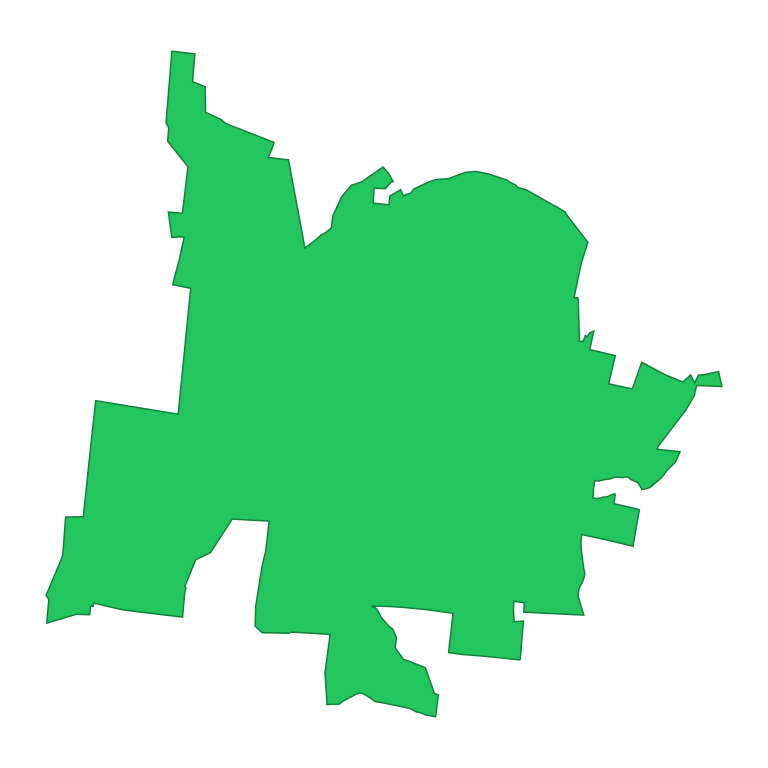 Tahmek, Yucatán, Mexico (Robinson projection)
{"feature_id": "50627088B83810267980946", "entity_name": "Tahmek", "entity_type": "district", "adm_level": 2, "iso_a3": "MEX", "parent_name": "Mexico", "parent_adm1": "Yucatán", "projection": "robinson", "projection_center": [-89.276, 20.901], "detail": "fine", "context": "isolated", "style": "filled", "palette": "green", "viewbox_px": 768, "rotation_deg": 0, "n_neighbors": 0, "source": "geoboundaries", "source_scale": "gbopen_adm2", "svg_char_len": 3464}
<svg xmlns="http://www.w3.org/2000/svg" viewBox="0 0 768 768"><path d="M383.7,703.0L409.9,708.4L416.2,711.9L421.5,713.0L425.2,714.9L435.6,716.8L438.4,694.7L434.4,693.6L425.5,667.8L403.0,659.0L400.8,655.6L396.6,649.9L395.1,647.5L396.0,642.5L395.9,641.9L396.3,637.1L392.9,629.3L388.5,625.8L381.6,617.8L377.7,610.5L374.7,607.0L372.3,606.9L372.2,606.5L372.3,606.0L389.9,606.5L402.6,607.3L427.8,609.8L453.0,613.3L448.6,652.6L460.9,654.3L480.2,655.9L493.9,657.2L500.7,657.9L507.2,658.6L517.3,659.7L517.7,659.7L517.8,659.8L518.0,659.8L520.2,659.6L521.4,645.4L521.8,640.5L523.5,621.0L514.2,621.8L513.5,611.3L513.7,601.4L524.2,602.7L523.9,610.5L523.8,612.2L583.8,615.1L577.9,595.3L579.2,588.2L583.1,580.5L584.9,574.1L583.6,567.5L583.6,567.1L582.0,555.3L581.3,549.8L581.1,545.0L580.9,543.2L581.1,539.5L581.8,534.6L607.3,540.1L632.0,546.0L632.9,546.3L633.3,544.5L634.9,535.1L639.4,509.7L638.6,509.4L613.9,503.6L615.3,494.3L613.6,493.8L613.3,494.1L608.1,496.4L605.8,497.0L603.3,497.1L597.4,498.6L592.8,497.7L593.4,495.2L593.4,489.7L594.9,480.4L598.3,481.2L603.5,479.8L609.9,479.0L615.2,477.0L616.7,477.3L623.1,477.5L624.4,477.0L628.3,477.1L630.3,479.2L637.6,482.5L638.3,483.2L639.6,485.4L641.8,489.2L641.7,489.6L649.8,487.7L661.2,478.0L664.3,474.3L666.2,471.2L675.4,462.1L680.0,451.7L657.2,449.3L658.2,446.3L685.8,410.1L693.5,397.0L694.7,394.7L694.9,391.9L696.9,385.5L721.9,386.5L718.6,371.6L710.8,373.2L704.8,374.5L698.5,375.1L694.6,383.0L690.7,374.9L682.8,382.0L665.3,374.8L641.7,362.3L632.4,388.9L608.6,383.8L609.2,381.6L615.3,355.7L589.9,349.6L590.5,346.4L593.8,331.1L589.5,333.0L587.2,336.9L585.3,335.5L582.9,341.7L579.5,341.3L578.1,297.9L574.3,297.5L574.3,296.6L581.1,263.8L587.9,242.3L565.4,213.1L565.5,212.1L561.2,209.7L555.4,206.0L554.4,205.8L547.2,201.7L525.9,189.6L523.5,189.0L518.0,187.6L515.2,184.7L512.6,183.5L510.0,182.3L507.7,180.4L501.6,178.3L488.8,174.0L481.5,172.5L476.1,171.4L465.8,172.2L452.5,177.1L448.2,178.6L444.4,179.0L438.9,179.2L433.3,180.3L427.8,182.4L422.1,185.1L413.7,189.0L410.5,193.3L406.2,194.5L403.5,196.2L400.6,189.7L389.8,196.1L389.0,204.8L373.2,203.1L374.1,188.1L385.3,188.7L391.1,182.3L393.2,181.6L388.6,173.3L383.0,167.0L362.0,181.6L361.8,181.7L351.4,185.3L341.8,196.5L332.8,215.9L331.4,226.9L330.9,228.5L326.3,231.9L324.2,233.5L321.4,234.7L315.5,240.0L313.4,241.6L304.9,248.0L288.5,159.8L272.8,158.0L268.2,157.6L271.4,150.0L273.3,144.9L274.0,142.4L273.1,142.1L272.9,142.0L272.6,141.9L230.2,125.3L225.2,123.1L221.4,119.7L205.6,112.3L205.2,87.4L205.2,87.2L205.2,86.8L192.6,81.7L194.9,53.9L171.9,51.2L170.1,73.0L170.1,73.3L170.0,74.2L167.6,103.8L166.0,122.8L167.8,125.9L168.7,128.5L167.6,141.2L188.0,166.8L182.4,213.3L168.4,212.0L171.8,237.4L180.7,236.9L184.1,237.2L179.0,260.9L178.9,261.1L173.3,281.9L172.9,284.8L190.7,288.3L178.2,414.2L95.7,400.7L92.1,433.8L90.6,446.8L90.6,447.2L83.3,516.8L65.6,517.0L63.1,550.8L62.4,556.5L46.1,595.4L48.9,599.4L46.6,623.2L76.0,614.4L76.4,614.3L76.9,614.3L82.9,614.5L89.7,614.7L90.5,605.9L93.1,606.3L93.5,603.1L111.2,607.2L121.5,609.6L137.2,611.7L150.4,613.3L182.6,617.1L184.7,592.9L186.0,587.5L184.9,586.2L195.7,559.8L210.5,552.6L232.2,519.1L269.2,521.1L268.8,524.3L268.4,527.9L268.1,530.7L267.9,532.7L265.5,552.2L262.3,564.9L255.8,605.6L255.1,626.1L262.2,632.7L288.5,633.2L292.2,632.1L330.1,634.4L325.0,672.5L327.0,704.6L334.1,704.2L336.0,704.5L339.8,703.9L342.9,701.2L356.1,694.2L359.6,693.1L362.7,693.5L370.0,697.7L374.9,701.5L383.7,703.0Z" fill="#22c55e" stroke="#15803d" stroke-width="1.5"/></svg>